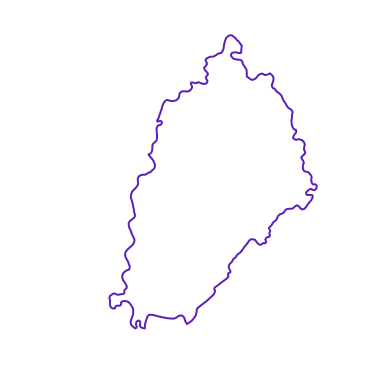 Polotsk, Vitebsk, Belarus, rotated 143°
{"feature_id": "67162791B45929653886900", "entity_name": "Polotsk", "entity_type": "district", "adm_level": 2, "iso_a3": "BLR", "parent_name": "Belarus", "parent_adm1": "Vitebsk", "projection": "albers", "projection_center": [28.82, 55.497], "detail": "fine", "context": "isolated", "style": "outline", "palette": "violet", "viewbox_px": 384, "rotation_deg": 143, "n_neighbors": 0, "source": "geoboundaries", "source_scale": "gbopen_adm2", "svg_char_len": 5986}
<svg xmlns="http://www.w3.org/2000/svg" viewBox="0 0 384 384"><g transform="rotate(143 192 192)"><path d="M311.8,111.6L308.5,115.2L302.7,119.3L300.1,119.8L297.1,117.2L291.8,110.6L287.0,105.4L282.6,101.7L279.8,101.1L276.5,100.9L274.2,99.3L273.8,96.5L275.2,92.5L275.4,89.5L269.8,89.3L265.9,90.2L263.1,91.3L261.0,93.0L258.5,95.5L257.7,95.8L256.7,96.0L250.2,96.1L246.9,96.1L236.9,97.0L235.4,97.5L233.3,98.9L232.3,101.5L231.3,102.0L215.4,102.0L213.8,102.7L213.3,103.2L213.2,104.0L212.7,104.8L211.8,105.2L210.2,104.8L209.4,105.0L209.0,105.6L208.6,107.7L208.0,109.6L207.3,110.6L206.3,111.3L204.7,111.9L202.0,112.3L200.3,113.1L199.1,113.6L196.4,113.6L193.8,114.6L189.5,114.7L187.9,115.0L183.7,116.5L178.7,117.7L175.6,118.8L173.5,118.7L173.0,118.5L171.2,116.9L170.4,115.8L170.5,114.8L170.5,111.9L170.1,109.8L169.4,109.0L167.9,108.2L166.3,108.4L165.7,108.2L164.5,107.1L163.3,107.2L162.8,107.5L162.0,110.0L160.5,110.6L159.8,110.7L159.1,110.6L157.7,109.8L156.9,109.8L156.1,110.2L155.0,112.6L153.1,113.7L152.8,114.2L152.4,116.4L152.0,117.1L148.4,117.6L145.9,118.7L144.9,118.9L142.5,118.9L141.0,119.2L138.3,120.8L136.8,121.2L134.8,121.2L133.0,120.5L131.6,120.3L129.8,120.8L128.0,121.4L127.3,121.4L125.9,121.0L121.8,118.3L120.9,118.2L118.6,118.5L116.6,118.3L116.0,117.9L115.4,116.9L115.1,113.3L114.8,112.2L113.9,111.5L112.6,111.0L110.4,111.2L106.2,112.8L101.6,113.7L98.7,115.2L98.1,116.1L97.9,116.9L98.5,117.7L99.4,118.5L100.5,119.5L101.4,120.0L102.0,120.7L101.9,121.7L101.4,122.7L100.1,123.3L97.0,123.4L96.0,123.3L95.2,123.0L94.8,122.4L94.4,121.3L94.1,120.7L92.9,119.7L91.0,119.8L90.3,120.2L89.0,121.4L88.6,122.2L88.6,123.2L88.9,123.9L90.7,125.2L90.9,126.1L90.5,128.4L89.2,130.2L87.3,132.2L87.0,133.2L87.0,135.7L87.1,136.9L87.3,138.2L88.4,139.2L89.4,140.3L89.8,141.8L89.7,143.1L89.1,144.3L88.1,145.7L86.5,147.3L85.3,147.7L84.7,149.1L84.4,150.2L84.3,152.7L83.9,153.8L81.5,154.5L79.5,154.5L78.2,155.1L77.5,156.2L77.0,158.6L74.4,161.3L73.7,161.5L73.3,162.3L72.7,163.7L72.8,167.0L74.7,169.7L75.8,170.4L77.5,171.1L78.2,172.1L78.8,173.7L78.4,174.7L77.2,175.6L75.7,176.2L73.3,176.8L72.4,177.5L71.8,178.6L71.7,179.4L72.7,180.3L72.8,181.3L72.6,183.4L72.1,184.9L71.6,186.0L69.7,189.1L68.1,190.5L66.1,193.1L63.7,195.0L63.2,196.1L63.2,197.9L63.6,199.1L64.2,200.5L64.5,201.8L64.3,204.8L63.9,207.1L63.9,209.7L63.3,212.8L62.7,214.1L62.6,215.9L62.9,218.2L63.9,221.3L63.8,223.9L64.1,225.1L64.8,226.4L64.6,228.1L63.9,229.3L61.0,231.3L59.3,232.7L58.3,234.0L57.8,235.7L57.8,237.4L58.1,238.6L58.5,239.9L59.8,239.9L63.1,241.3L63.7,242.2L64.2,243.5L64.9,244.5L67.0,245.3L69.4,245.2L71.5,244.6L73.2,244.4L75.1,244.8L76.4,245.3L77.2,246.5L77.8,248.1L78.0,249.3L78.7,250.9L78.4,251.7L76.6,254.1L75.3,256.0L74.7,257.6L74.4,263.2L74.0,264.4L73.3,265.9L73.4,267.4L73.9,268.2L74.8,269.4L76.1,270.3L76.8,271.4L77.9,272.3L78.7,273.9L78.9,275.6L78.9,276.8L78.5,277.7L77.8,278.5L76.9,278.8L76.0,278.9L75.0,278.5L73.5,277.5L72.5,276.7L71.4,275.2L69.7,273.7L68.5,273.9L67.7,275.2L64.5,278.6L64.1,279.2L64.3,280.2L64.1,282.6L64.2,284.8L64.7,285.9L64.7,288.5L65.3,291.2L66.0,293.1L66.8,293.9L67.7,294.5L69.2,294.7L71.2,294.6L73.1,293.9L74.2,293.1L77.6,290.5L79.1,288.9L81.1,287.1L83.1,286.0L84.9,285.5L86.6,286.3L87.9,286.7L91.6,286.9L92.8,287.1L94.2,287.8L96.2,289.1L97.1,289.4L100.2,289.9L101.2,289.6L102.0,288.8L102.4,287.3L102.6,286.0L102.9,285.2L104.9,284.4L107.7,283.9L108.1,282.5L108.3,281.4L108.0,278.7L108.1,277.1L108.7,276.2L111.0,275.7L112.0,275.2L112.6,273.1L112.8,271.5L113.8,270.5L115.1,270.2L116.8,270.7L117.5,271.2L118.5,272.1L120.7,275.8L122.7,276.2L123.8,277.0L125.4,278.9L126.4,279.8L126.9,279.8L127.6,279.5L127.9,278.9L128.1,277.5L128.8,275.6L129.6,275.1L132.0,274.3L133.3,274.3L134.7,274.8L136.4,276.0L137.9,277.4L139.7,278.5L142.2,278.3L144.2,276.8L145.0,275.9L146.0,275.2L147.2,274.9L148.5,274.8L150.3,275.0L152.7,276.2L154.2,277.5L156.1,280.1L157.0,280.7L158.2,280.8L160.2,280.4L161.4,280.0L165.3,277.6L166.3,276.5L168.9,274.9L170.1,273.9L172.0,272.8L173.6,271.5L175.1,270.7L176.6,270.2L177.2,269.4L176.6,268.8L175.0,268.0L174.1,267.3L173.9,266.6L174.1,265.7L175.0,264.9L175.7,264.7L176.6,264.6L177.6,264.8L178.6,265.4L179.4,265.5L180.7,265.0L181.7,264.3L183.0,262.7L184.3,260.8L185.2,259.2L187.8,255.7L189.8,254.4L190.9,254.2L193.7,254.0L195.0,253.5L196.3,252.2L198.7,249.2L199.9,248.4L201.7,247.8L202.9,247.6L204.1,248.0L204.3,245.8L204.1,244.7L204.0,242.8L204.0,241.0L204.2,239.4L204.8,237.2L205.4,235.8L206.9,234.1L209.2,233.3L211.3,233.3L212.4,232.9L214.0,233.0L215.2,233.7L217.7,233.7L219.3,234.2L221.4,235.7L222.5,236.2L225.2,236.5L226.9,235.6L228.1,234.3L229.4,231.9L230.2,230.9L231.6,230.0L232.7,229.6L235.2,229.0L239.4,228.4L242.6,226.4L244.2,224.3L244.8,222.8L245.2,221.4L246.0,219.3L247.0,217.1L248.2,214.7L248.9,213.0L250.1,211.3L251.1,208.4L252.5,206.8L254.5,206.2L258.5,206.3L260.2,205.8L261.5,205.0L262.4,203.7L263.0,202.4L263.8,200.5L264.2,198.1L265.5,193.8L266.2,190.1L266.7,188.4L268.3,186.8L271.1,185.5L278.5,184.9L281.2,183.9L282.4,183.1L283.5,181.8L284.1,180.3L284.5,178.8L284.6,176.9L285.3,174.0L286.3,170.7L286.8,169.6L288.2,168.3L289.0,168.0L290.3,168.3L291.1,168.6L292.3,168.8L294.1,168.8L296.1,168.5L298.7,166.5L300.1,163.4L300.1,159.7L300.9,155.7L302.1,154.7L304.8,154.3L305.3,154.0L307.1,151.9L308.4,152.0L309.7,152.7L310.6,153.3L312.4,154.1L313.4,154.8L314.0,156.0L315.1,157.8L316.2,158.2L319.8,158.4L321.3,157.5L321.9,156.8L322.8,154.6L324.9,151.9L325.5,150.9L326.0,149.6L326.2,148.6L325.1,146.3L324.0,145.7L323.3,145.6L322.4,146.5L321.0,146.6L319.7,146.0L318.2,144.7L316.9,144.6L315.9,145.2L315.4,146.3L314.5,146.6L313.6,146.6L312.2,145.9L310.8,145.0L309.6,143.6L308.9,142.0L308.7,139.0L308.9,136.8L309.2,134.8L309.7,133.5L310.4,132.5L312.8,129.6L317.5,126.6L318.9,125.5L319.8,124.2L320.3,123.0L320.4,122.1L320.3,120.9L320.0,119.5L319.7,117.8L319.1,117.1L318.0,117.1L317.1,117.9L316.7,119.3L316.1,120.4L315.4,121.1L314.0,121.9L312.1,121.6L311.4,119.9L312.5,118.1L314.0,116.9L314.2,116.0L314.2,114.9L313.3,113.0L311.8,111.6Z" fill="none" stroke="#5b21b6" stroke-width="2"/></g></svg>